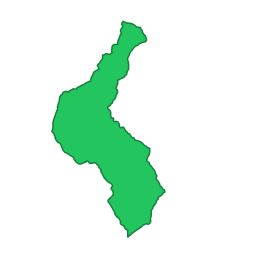 Bardo, Shemgang, Bhutan, rotated 146°
{"feature_id": "84629894B88574535309986", "entity_name": "Bardo", "entity_type": "district", "adm_level": 2, "iso_a3": "BTN", "parent_name": "Bhutan", "parent_adm1": "Shemgang", "projection": "albers", "projection_center": [90.949, 27.102], "detail": "fine", "context": "isolated", "style": "filled", "palette": "green", "viewbox_px": 256, "rotation_deg": 146, "n_neighbors": 0, "source": "geoboundaries", "source_scale": "gbopen_adm2", "svg_char_len": 5924}
<svg xmlns="http://www.w3.org/2000/svg" viewBox="0 0 256 256"><g transform="rotate(146 128 128)"><path d="M185.5,73.9L186.2,65.9L187.0,63.8L187.0,62.7L186.9,60.6L186.4,59.3L186.0,58.0L186.3,55.1L187.1,54.1L187.6,52.7L187.6,52.2L187.4,51.4L186.6,50.2L186.2,49.4L186.6,46.4L186.4,45.6L185.9,44.5L185.6,43.2L187.9,39.7L188.3,38.9L189.0,38.2L189.0,37.7L186.8,38.1L185.6,38.0L183.3,38.4L181.6,38.4L180.5,38.6L178.0,38.5L176.9,38.6L174.7,38.5L171.5,38.6L170.9,38.9L170.3,39.1L169.8,39.1L169.3,39.0L168.2,38.6L167.6,38.7L167.1,38.7L166.6,38.4L165.6,37.6L165.2,36.9L163.7,36.8L163.0,37.0L161.9,37.5L161.3,38.0L160.5,39.7L160.3,40.0L159.5,40.8L158.4,41.7L157.3,43.0L156.9,43.6L156.1,44.5L155.9,45.2L155.2,46.2L153.5,47.2L152.8,47.4L152.1,47.9L151.7,48.4L151.3,48.7L150.1,49.1L149.5,49.2L147.6,49.8L146.4,50.6L145.9,51.1L145.0,51.7L144.5,51.9L143.0,52.1L142.8,52.2L142.6,52.4L142.4,52.8L140.7,53.7L139.1,53.6L138.5,53.4L137.8,53.5L134.9,54.4L134.3,54.4L133.5,54.3L133.1,54.5L132.8,55.2L132.5,55.8L132.4,56.2L132.6,56.8L133.3,57.6L133.4,58.1L133.2,59.3L133.3,60.7L133.4,61.2L133.8,62.0L133.6,62.7L133.4,63.0L133.1,63.7L132.9,64.8L132.9,67.2L133.1,69.5L133.0,70.1L132.9,70.4L131.3,71.8L130.7,72.7L130.7,73.3L130.8,74.6L130.2,76.1L129.9,77.3L129.8,78.1L129.8,79.1L130.1,81.2L130.1,83.8L130.5,85.2L130.3,86.2L130.0,86.9L129.9,87.6L130.7,89.9L130.7,90.2L130.6,90.7L129.2,91.8L128.8,92.3L128.5,92.6L127.1,93.3L125.9,93.7L125.3,94.2L124.6,94.8L122.8,96.7L121.6,98.8L121.7,99.6L121.9,100.0L122.6,100.6L122.8,101.0L123.0,102.2L123.4,103.0L124.0,103.9L124.3,104.9L124.4,106.6L124.5,107.3L125.2,108.8L125.3,109.4L125.9,110.4L127.0,111.8L128.9,114.0L129.0,114.3L128.7,116.1L128.9,116.6L129.2,117.0L129.8,117.7L130.1,118.3L130.1,119.7L130.0,121.3L130.0,122.2L131.1,123.6L131.1,124.1L131.0,124.6L131.0,125.5L131.5,126.5L131.6,126.9L131.3,130.2L131.4,131.2L131.8,131.6L134.1,132.4L134.3,132.8L134.3,133.5L134.0,134.7L133.7,135.3L133.3,135.7L133.1,136.2L133.0,136.5L133.0,138.1L133.1,138.9L133.3,139.3L134.0,139.9L135.1,140.6L135.7,141.1L136.0,141.6L136.1,141.9L136.0,142.4L134.7,143.7L134.6,144.2L134.9,144.8L135.7,145.3L136.0,145.7L136.1,146.0L135.8,147.0L135.2,148.2L134.7,149.1L134.0,150.0L133.4,151.2L133.2,152.6L133.4,153.5L133.7,155.6L133.6,156.3L133.4,156.6L132.6,156.8L130.0,156.6L129.7,156.7L128.8,157.6L128.0,157.4L127.4,157.4L126.8,157.6L125.9,158.6L125.6,158.8L125.3,159.0L124.5,159.2L123.6,159.3L122.4,159.6L121.6,160.0L120.9,160.5L119.5,161.8L117.4,162.9L116.3,163.9L116.1,164.4L115.7,165.0L115.6,165.5L115.8,166.6L115.8,167.1L115.4,168.0L115.0,168.4L112.0,170.2L111.4,170.9L110.9,171.8L109.7,173.3L108.2,173.0L106.9,173.1L103.8,172.4L102.8,172.4L101.7,172.8L99.9,173.0L99.0,173.4L98.5,173.7L98.1,174.2L97.7,174.8L97.0,175.5L96.4,175.7L95.2,176.1L94.6,176.4L94.4,176.9L94.0,177.3L92.3,179.7L92.0,180.3L91.7,180.8L91.3,181.8L90.9,182.1L90.2,185.0L89.9,185.4L88.2,186.8L87.3,187.1L85.9,188.0L84.2,189.3L81.8,190.2L80.7,190.4L77.4,191.5L76.7,191.6L75.6,191.6L75.0,191.5L74.4,191.3L73.6,191.2L72.4,191.3L71.7,191.5L70.8,191.4L66.9,190.5L66.0,190.0L65.2,189.8L64.3,190.0L63.5,190.4L62.0,194.7L62.5,196.4L62.5,199.2L61.7,201.0L61.9,201.9L61.7,204.6L63.9,206.3L64.2,206.8L64.6,207.8L64.7,208.6L65.3,210.1L66.2,211.9L67.9,213.8L70.2,215.7L72.6,219.2L74.0,218.5L75.1,217.7L75.3,217.3L75.3,216.3L75.2,215.4L75.5,215.0L77.9,214.1L79.5,213.2L79.8,212.8L80.2,212.3L80.4,210.9L80.6,210.4L81.0,209.9L81.3,209.7L81.6,209.8L82.3,209.6L82.5,209.5L82.7,209.2L83.1,208.8L83.5,208.5L84.2,208.2L85.4,207.1L86.5,206.6L86.7,206.4L87.4,206.0L87.8,205.2L88.3,205.1L88.6,204.9L88.7,204.5L88.9,203.9L89.9,203.2L91.2,204.1L92.0,204.5L92.5,204.6L93.1,205.0L93.8,205.1L95.2,204.7L95.7,204.3L96.4,203.6L97.1,202.4L97.5,202.1L98.3,201.5L98.6,200.8L98.8,200.1L99.1,199.5L99.5,199.3L99.9,199.4L101.0,199.2L102.2,199.4L104.2,201.6L104.8,201.9L105.4,202.1L105.9,202.0L107.1,202.2L108.0,202.5L108.6,202.4L109.0,201.5L109.5,200.9L110.1,200.1L110.8,199.4L111.7,199.3L112.5,198.9L113.3,198.9L114.2,198.3L115.4,197.7L116.0,197.6L117.1,197.6L117.5,197.5L118.4,197.0L118.5,196.3L118.7,195.0L118.9,193.2L119.0,193.0L119.6,193.0L121.5,193.3L124.4,193.5L125.4,193.3L126.6,192.5L127.4,191.7L129.5,190.8L130.8,189.9L131.8,189.1L132.9,187.9L133.5,187.9L134.2,188.3L136.7,188.7L138.1,188.9L140.6,188.7L141.6,189.2L143.7,189.4L145.8,189.6L147.2,189.8L148.3,189.7L149.6,189.4L149.9,189.5L150.6,190.1L150.9,190.4L151.3,191.0L151.8,191.1L152.8,191.1L155.5,191.5L155.9,191.5L156.9,190.9L158.7,192.7L159.2,193.2L159.9,193.4L161.5,193.8L162.5,193.6L163.1,193.2L163.5,192.6L165.3,192.7L165.9,192.5L166.8,192.1L168.1,191.0L169.4,189.3L170.7,188.2L171.3,187.8L172.2,187.1L173.1,186.3L174.2,185.5L174.9,184.7L176.2,182.5L177.1,182.3L177.7,181.9L179.9,180.3L181.7,178.7L182.4,178.4L184.1,177.0L186.1,175.6L187.0,174.4L187.9,173.6L188.7,172.0L189.9,170.6L190.6,169.5L191.6,168.7L192.9,168.0L192.9,166.7L192.5,165.7L192.5,164.7L192.9,163.7L193.2,163.0L193.2,161.8L193.5,160.9L194.1,160.5L194.0,160.2L194.0,159.6L194.3,158.5L194.3,157.5L194.2,155.5L193.9,154.7L193.0,153.8L192.8,153.4L192.9,153.1L193.4,150.0L193.5,149.4L194.1,146.9L194.2,145.8L194.2,144.9L194.0,143.5L193.8,142.7L192.9,141.8L190.9,136.9L190.1,135.4L189.7,134.4L190.1,132.9L190.2,131.1L190.1,129.5L189.9,128.8L189.6,127.7L189.1,126.3L188.8,125.8L187.9,124.9L186.6,124.4L185.5,124.1L184.6,124.1L183.8,123.9L183.2,123.5L182.4,123.3L181.8,123.7L181.0,123.7L180.0,122.9L179.8,122.4L179.8,121.8L179.6,120.5L178.8,119.5L177.0,118.7L175.5,118.2L174.0,116.5L174.0,115.7L174.1,114.7L173.9,114.3L173.7,113.2L173.7,112.5L174.2,111.1L174.0,110.4L173.7,109.3L173.6,108.6L174.3,107.9L175.0,106.4L174.9,104.2L175.5,101.2L175.5,99.6L175.2,96.8L174.7,94.4L173.7,92.5L173.0,90.9L172.8,89.9L172.9,89.5L173.5,88.6L174.6,87.9L175.7,87.6L176.0,87.2L176.1,86.6L175.8,85.2L175.8,84.4L176.6,82.2L177.3,81.4L178.3,80.7L180.4,80.2L183.9,79.6L185.1,79.1L185.6,78.3L185.7,77.8L185.5,76.2L185.5,73.9Z" fill="#22c55e" stroke="#15803d" stroke-width="1.5"/></g></svg>